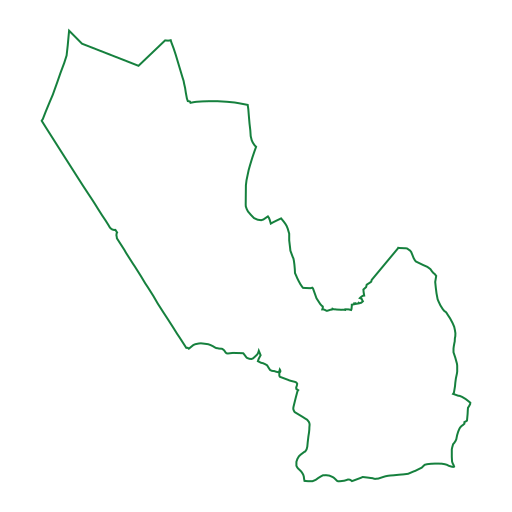 3e Arrondissement, Analamanga, Madagascar
{"feature_id": "10022922B59270450060951", "entity_name": "3e Arrondissement", "entity_type": "district", "adm_level": 2, "iso_a3": "MDG", "parent_name": "Madagascar", "parent_adm1": "Analamanga", "projection": "robinson", "projection_center": [47.533, -18.895], "detail": "fine", "context": "isolated", "style": "outline", "palette": "green", "viewbox_px": 512, "rotation_deg": 0, "n_neighbors": 0, "source": "geoboundaries", "source_scale": "gbopen_adm2", "svg_char_len": 6076}
<svg xmlns="http://www.w3.org/2000/svg" viewBox="0 0 512 512"><path d="M304.5,480.9L308.2,481.2L311.2,481.2L312.5,481.2L314.9,480.2L316.1,479.6L318.1,478.1L320.7,476.5L322.9,475.3L326.1,475.2L327.7,475.4L329.3,475.6L330.5,476.1L332.8,477.1L334.0,477.9L335.6,479.4L337.0,480.8L337.3,481.0L338.2,481.3L340.3,481.2L342.7,480.9L344.3,480.7L346.3,480.1L348.0,479.5L349.3,479.6L350.3,479.9L351.3,480.6L351.9,481.1L353.4,480.6L360.9,477.8L362.7,477.0L367.9,477.6L370.7,478.0L372.6,478.2L373.7,478.6L375.1,478.9L376.6,478.7L378.2,478.6L383.1,477.0L385.4,476.3L387.9,475.8L390.4,475.5L393.5,475.3L397.3,474.9L400.4,474.6L403.3,474.4L408.1,473.8L413.7,471.4L415.2,470.9L420.6,468.2L421.7,467.7L423.5,465.9L424.7,464.8L427.1,464.2L430.7,463.8L434.9,463.6L438.5,463.6L441.7,463.7L444.7,464.2L446.9,464.8L448.8,465.8L451.4,466.6L453.1,466.9L453.7,466.9L454.1,466.6L453.5,464.9L453.2,464.3L452.8,463.7L452.1,461.7L452.0,460.5L451.8,456.8L451.8,451.6L451.8,449.3L452.2,447.4L453.1,444.2L454.3,442.8L455.6,440.8L456.3,439.2L457.1,435.2L458.2,431.6L459.3,429.0L460.0,427.7L461.3,426.2L463.2,424.8L464.4,423.7L464.4,422.1L466.7,420.9L467.0,420.5L467.6,414.0L467.8,410.1L468.0,407.7L468.8,406.6L470.1,404.2L470.3,402.7L468.2,401.0L465.6,399.0L462.1,396.9L459.7,395.9L458.1,395.7L454.3,394.3L453.1,393.9L453.9,392.7L454.4,389.9L455.0,386.2L455.3,382.8L455.9,378.3L456.9,373.7L457.2,371.6L457.2,368.5L457.2,365.8L457.1,364.8L456.9,363.5L455.3,357.7L454.2,354.4L453.5,352.3L453.5,350.8L453.5,348.5L453.8,346.2L454.4,342.9L454.7,341.6L454.9,338.2L455.3,336.2L455.4,333.2L455.1,331.3L455.0,330.5L454.2,326.8L452.6,323.1L450.1,318.4L447.4,314.3L446.7,313.1L445.7,311.9L444.4,311.1L442.8,309.2L440.4,305.4L438.5,301.4L437.6,299.2L436.5,293.3L435.8,287.8L435.2,282.0L436.2,275.9L434.7,274.0L433.4,273.0L432.0,271.4L430.4,269.1L427.4,266.9L425.4,266.0L423.1,265.0L415.9,261.5L414.9,260.3L413.6,258.0L412.3,254.7L411.2,252.0L410.0,250.5L409.2,250.0L407.1,248.5L406.0,248.3L399.3,248.0L398.2,247.8L398.0,248.3L371.7,279.9L371.2,281.7L369.5,282.9L366.7,284.7L366.1,287.1L363.4,289.5L363.6,292.0L364.2,295.6L362.7,295.8L360.7,297.3L359.9,298.1L360.4,298.3L361.7,298.9L362.2,300.1L362.9,301.3L362.0,302.1L361.3,302.7L360.6,302.9L359.2,303.3L358.7,302.8L358.2,303.5L355.0,304.0L355.1,303.3L354.2,303.4L354.3,304.2L352.5,304.6L351.8,304.7L351.8,305.8L351.5,309.0L351.1,310.0L348.7,309.4L345.3,309.3L345.2,309.9L344.6,309.8L342.6,309.7L341.1,309.8L340.0,309.7L337.8,309.6L336.3,309.5L335.2,309.3L334.8,309.3L334.0,309.3L333.3,309.2L332.8,308.9L332.4,308.7L332.2,309.1L331.9,309.6L330.6,309.7L328.5,310.4L327.1,310.8L326.6,310.8L324.6,309.8L323.5,309.4L322.3,309.4L322.5,308.8L322.9,307.0L322.6,306.3L321.6,305.6L320.2,304.0L316.5,298.3L313.0,288.5L312.3,287.7L310.4,288.2L303.4,287.9L303.1,287.9L302.3,287.0L301.4,285.7L300.2,283.9L299.8,283.1L298.8,281.3L297.2,278.1L296.1,275.5L295.0,273.1L294.8,269.1L294.4,264.6L293.9,260.8L293.4,258.4L292.8,257.2L291.8,254.5L290.4,250.7L290.1,247.9L289.6,243.7L289.2,240.3L289.2,233.7L287.7,228.6L286.6,225.9L285.4,223.9L283.8,221.7L281.1,218.4L276.3,220.7L272.9,222.4L270.8,223.6L269.8,220.1L269.0,218.0L267.9,216.4L263.4,219.5L261.2,220.2L257.6,219.7L254.0,218.1L250.9,214.9L248.0,211.5L246.7,209.0L245.8,206.4L245.7,204.5L245.9,185.3L246.5,180.3L248.7,169.9L250.0,165.3L252.3,157.7L254.4,151.5L256.1,146.8L254.6,145.3L252.8,142.6L251.7,140.2L251.0,137.4L250.7,136.1L250.3,130.3L249.5,123.4L248.8,115.3L248.3,109.1L247.7,104.9L239.3,103.3L234.7,102.5L227.2,101.8L220.8,101.4L217.4,101.2L209.0,101.2L202.4,101.4L196.3,101.8L194.1,102.1L190.5,102.8L190.0,101.6L189.2,101.3L188.3,101.2L187.8,101.1L186.9,98.5L186.6,96.9L185.8,92.6L185.1,88.0L184.1,83.6L183.6,80.9L182.4,77.1L175.8,55.0L173.7,48.6L171.3,42.2L170.7,40.2L169.0,40.6L167.3,40.6L165.1,40.4L138.5,65.8L82.0,43.7L71.1,32.7L69.1,30.7L68.7,34.9L67.7,45.7L66.6,55.5L64.2,63.0L60.6,72.6L57.2,82.4L54.9,88.8L52.8,94.7L49.9,101.5L45.8,111.4L42.8,119.1L42.5,119.5L41.7,120.8L45.9,127.5L60.7,150.8L73.0,170.1L78.1,178.1L82.9,185.6L87.7,192.9L92.2,199.7L94.9,203.9L98.0,208.9L102.0,215.2L105.7,220.7L108.4,225.0L109.8,227.4L110.7,228.4L112.1,229.4L113.0,229.7L113.4,229.8L114.3,230.0L114.7,229.9L115.4,229.9L117.1,232.5L116.7,233.1L116.5,234.3L116.4,235.2L116.6,236.2L116.8,237.3L116.9,238.3L124.3,249.8L126.0,252.8L133.0,263.8L134.7,266.3L138.5,272.3L141.2,276.6L145.2,283.3L147.8,287.2L153.3,295.9L157.7,303.5L163.2,312.1L168.1,319.6L173.1,327.4L177.1,333.8L179.4,337.2L186.3,347.9L187.1,347.9L187.7,347.8L188.1,348.1L188.8,348.7L189.7,348.0L193.4,345.0L195.3,344.2L198.8,343.5L200.8,343.3L202.6,343.5L205.1,343.8L206.5,344.0L208.1,344.2L209.3,344.6L210.6,345.1L212.9,346.2L215.2,347.6L216.3,348.1L217.5,348.2L219.1,348.6L221.3,348.7L222.3,348.9L223.1,349.5L224.2,350.4L225.2,351.9L225.8,352.7L226.6,353.3L227.8,353.5L233.0,352.9L236.2,353.0L240.1,353.1L242.5,353.2L243.3,353.3L243.7,353.8L246.2,357.1L246.6,357.6L247.2,358.0L248.3,358.4L249.4,358.8L251.4,359.0L253.0,358.4L254.7,356.9L257.3,354.4L258.0,353.1L258.4,352.2L258.8,350.8L260.6,355.2L258.7,358.8L257.9,361.2L259.5,362.0L261.1,362.8L263.0,363.2L265.2,364.2L267.1,365.3L268.7,367.9L270.1,370.0L271.8,370.8L273.1,371.0L274.4,371.1L275.7,371.6L278.5,372.3L278.9,371.9L279.4,371.0L279.6,370.3L279.8,369.6L280.2,370.3L280.4,371.2L280.1,372.0L279.4,372.6L279.3,375.2L279.4,375.8L279.8,376.7L280.4,377.0L281.5,377.4L288.2,379.9L289.3,380.4L290.7,380.8L292.6,381.3L293.9,381.6L295.0,381.9L296.0,382.3L296.8,383.1L297.2,383.8L296.8,385.8L296.2,387.4L296.3,388.9L298.2,390.2L297.5,391.1L295.9,397.1L294.7,401.9L293.5,406.8L293.3,408.0L293.3,409.1L293.9,410.8L294.7,412.1L299.0,414.7L302.8,417.0L305.1,418.5L307.1,419.7L308.0,420.8L308.8,421.8L309.4,423.2L309.6,424.6L309.5,426.1L309.4,426.9L309.3,429.7L309.0,432.6L308.4,436.4L307.7,442.4L307.3,446.6L306.7,449.0L306.4,449.7L305.2,451.5L304.3,451.9L300.7,454.6L299.0,456.2L298.5,457.0L297.4,458.9L296.5,461.5L296.4,461.9L296.4,464.5L296.4,465.7L296.8,466.6L297.4,467.6L298.0,468.4L299.5,469.8L301.2,471.5L302.5,473.4L303.3,474.9L303.8,476.6L304.1,478.9L304.5,480.9Z" fill="none" stroke="#15803d" stroke-width="2"/></svg>